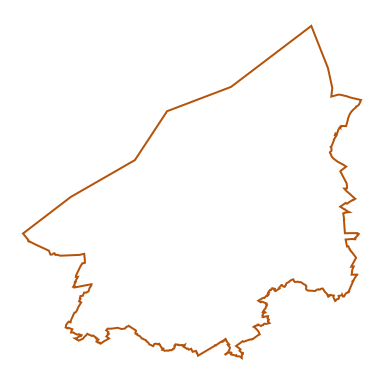 Waadhoeke, Friesland, Netherlands
{"feature_id": "6326949B95625047897274", "entity_name": "Waadhoeke", "entity_type": "district", "adm_level": 2, "iso_a3": "NLD", "parent_name": "Netherlands", "parent_adm1": "Friesland", "projection": "robinson", "projection_center": [5.61, 53.246], "detail": "fine", "context": "isolated", "style": "outline", "palette": "amber", "viewbox_px": 384, "rotation_deg": 0, "n_neighbors": 0, "source": "geoboundaries", "source_scale": "gbopen_adm2", "svg_char_len": 5940}
<svg xmlns="http://www.w3.org/2000/svg" viewBox="0 0 384 384"><path d="M231.0,86.9L167.1,111.2L134.9,160.1L71.0,196.8L23.0,233.5L28.3,240.0L28.1,240.9L29.0,241.6L29.2,241.3L35.3,244.4L48.7,250.6L49.1,251.2L50.4,254.5L50.7,254.7L52.6,254.3L53.2,253.6L54.3,253.2L54.7,253.4L55.0,254.5L55.5,254.9L57.2,254.8L60.3,255.7L79.5,254.9L84.2,253.8L84.4,254.3L84.4,257.0L84.7,257.6L84.9,262.8L82.2,263.4L82.2,263.8L81.4,264.7L80.0,267.2L76.1,275.4L75.8,276.5L75.8,276.9L77.9,276.8L75.0,281.9L75.7,282.0L73.3,286.7L74.4,286.6L74.2,287.0L74.3,287.5L91.5,284.2L91.5,284.9L90.4,287.0L89.8,287.4L88.4,291.5L87.0,292.1L86.5,292.6L84.1,292.6L82.8,295.8L80.4,296.1L79.8,298.5L80.5,298.8L79.1,301.3L81.2,302.4L78.1,307.4L76.9,310.6L75.9,311.9L75.9,312.0L74.5,313.0L74.3,312.9L73.1,315.3L73.0,316.0L72.2,317.4L70.6,321.3L70.7,322.2L70.5,322.4L69.6,321.8L68.6,321.7L66.4,324.4L65.9,325.8L66.0,327.0L65.7,327.5L67.9,328.4L68.4,327.8L72.4,329.3L71.5,330.9L71.1,332.5L73.6,332.5L74.6,333.4L76.9,334.5L77.9,334.6L78.9,334.2L81.6,335.2L81.1,336.0L78.5,336.7L77.2,338.1L75.0,338.4L78.6,340.6L82.8,338.8L84.5,336.8L86.3,335.1L87.3,333.8L88.6,334.6L89.3,334.7L92.0,336.0L93.1,335.5L96.4,337.9L96.0,338.3L96.3,338.7L98.4,339.5L97.6,340.4L96.4,341.3L96.5,341.7L97.8,342.1L98.2,342.7L98.8,342.4L100.4,342.9L100.2,343.5L100.6,343.7L104.1,341.2L109.1,338.5L106.4,336.4L108.7,334.0L107.8,333.6L108.5,332.2L106.2,330.3L107.6,328.7L111.4,328.7L117.6,327.8L121.6,329.0L125.1,328.5L126.3,326.8L127.8,326.5L128.6,325.8L135.8,330.4L136.1,331.0L135.3,332.8L135.5,333.7L137.2,333.9L137.4,334.4L137.3,334.9L137.5,335.2L139.1,335.7L140.0,336.3L142.1,338.7L143.2,338.8L143.7,339.3L145.8,340.1L145.9,340.6L146.4,340.8L146.8,341.6L147.8,342.2L148.7,343.2L149.4,344.5L150.7,344.9L153.1,346.2L153.3,346.1L154.4,343.9L156.7,343.7L157.3,344.3L159.2,343.8L159.3,344.2L159.8,344.6L159.6,344.9L161.1,346.7L161.6,348.0L163.1,348.5L162.6,349.0L162.1,349.8L164.2,350.4L164.5,350.8L166.7,350.5L168.2,350.8L170.0,350.0L171.0,350.4L172.7,349.6L172.9,348.9L174.2,348.5L174.8,346.6L174.4,346.5L174.5,345.8L174.6,345.4L175.2,345.5L175.6,344.3L176.6,344.4L178.1,345.1L178.5,344.7L179.8,345.2L182.5,345.0L182.5,345.7L183.2,345.9L184.9,344.8L184.5,346.1L183.7,346.8L186.9,348.8L187.7,348.5L188.8,349.7L191.2,348.8L192.6,351.8L196.0,350.9L196.7,352.9L197.0,352.8L198.0,355.7L214.7,345.8L215.6,345.6L215.5,345.2L215.9,345.3L220.1,342.4L220.4,342.7L220.2,342.4L221.1,341.9L222.1,341.9L221.9,341.4L223.9,340.7L223.7,340.5L224.9,340.0L224.6,339.6L225.6,338.9L227.0,341.8L229.1,344.4L227.8,344.9L229.9,347.4L229.7,348.9L228.1,352.2L225.3,354.3L225.5,354.5L228.1,352.6L228.6,352.8L231.0,352.4L231.5,352.9L230.8,354.1L231.2,354.6L235.4,355.4L236.2,355.2L236.3,356.2L239.7,356.4L241.8,358.1L241.9,354.0L242.8,354.0L242.9,352.9L241.7,352.8L239.5,350.7L240.5,349.3L236.1,346.0L242.7,341.2L243.4,341.7L243.9,341.7L249.5,339.6L250.9,339.6L252.2,339.3L252.1,339.0L253.3,338.7L258.1,335.2L259.7,334.4L258.8,332.2L257.5,330.2L254.7,327.4L253.7,326.9L254.3,326.5L254.6,326.8L255.1,326.3L255.0,326.0L255.2,325.9L257.5,325.3L257.5,324.7L258.4,324.5L259.3,325.2L261.1,326.0L262.2,325.2L263.1,325.1L263.1,324.7L264.3,323.7L266.3,323.9L269.5,323.1L268.9,322.3L267.9,321.4L268.0,320.6L268.6,320.2L268.9,319.7L267.6,318.6L267.9,317.6L267.6,317.4L268.0,316.2L265.1,316.5L263.5,317.1L263.3,316.6L262.6,316.8L262.7,316.0L262.4,315.5L263.2,313.8L263.2,313.2L265.3,312.5L263.8,311.0L263.3,311.2L264.1,309.8L265.7,308.2L265.6,307.7L266.0,306.7L266.5,306.3L267.0,305.0L266.1,304.7L266.6,303.5L261.8,301.6L260.7,302.3L258.3,300.7L262.1,298.4L264.0,297.7L264.5,297.9L266.6,295.6L267.3,296.0L268.6,294.6L268.0,294.0L268.7,293.1L268.0,293.0L268.1,292.7L269.7,290.2L270.9,290.1L271.2,289.2L272.1,288.9L272.3,288.2L274.7,288.8L274.3,289.6L274.6,289.8L274.4,290.1L274.6,290.6L275.5,291.1L279.6,288.4L279.1,287.8L281.5,285.0L282.0,285.0L282.9,286.2L284.4,286.9L284.8,286.7L285.1,285.9L285.9,285.0L286.1,283.9L286.6,283.2L288.5,282.2L290.1,280.8L291.9,279.7L293.4,279.4L294.0,281.1L294.8,282.0L298.1,281.7L299.6,282.2L300.8,282.1L303.5,284.0L305.7,285.2L306.3,286.2L306.1,286.4L306.3,287.4L306.0,288.6L306.3,289.5L307.7,290.5L315.1,291.0L316.8,289.7L318.3,289.3L318.7,289.7L320.2,289.4L320.6,288.9L322.7,288.5L325.0,291.9L328.2,295.2L327.6,295.5L328.2,296.7L329.4,296.1L330.0,294.9L333.9,295.6L333.3,297.0L335.1,301.0L335.9,300.5L336.3,299.6L337.1,299.2L338.2,299.0L338.8,298.5L339.0,297.7L338.6,295.9L341.9,295.3L342.1,294.6L343.0,296.5L344.1,296.4L345.6,293.7L347.9,292.1L348.1,292.5L348.8,292.2L349.1,291.6L348.6,291.5L353.3,280.9L352.7,280.9L352.8,280.7L353.5,280.4L354.9,277.7L357.0,274.9L356.5,274.8L356.6,274.6L351.6,274.7L352.1,272.0L351.9,271.8L352.5,269.1L353.7,266.5L351.2,266.7L356.1,257.7L352.3,252.7L350.8,250.8L350.6,250.9L349.8,249.1L349.5,249.1L348.4,246.3L347.0,246.5L345.6,239.5L352.0,239.0L355.3,239.3L355.4,238.6L355.7,237.8L355.4,237.7L357.9,235.3L358.7,234.1L356.9,233.6L357.1,233.1L344.9,233.2L343.9,219.3L344.1,219.1L343.2,213.4L344.5,213.0L344.2,212.9L344.4,212.7L349.2,212.1L347.2,211.2L344.8,209.3L344.5,209.4L340.2,206.7L345.8,202.9L346.9,203.7L352.7,199.9L353.0,200.2L355.3,198.8L346.1,190.7L344.3,188.6L346.6,188.6L346.9,188.4L347.0,187.1L346.7,183.5L340.3,171.3L340.8,170.7L346.2,166.6L342.4,164.2L337.6,161.7L333.3,158.4L331.8,156.7L331.3,155.7L331.0,154.3L330.1,153.2L329.9,152.4L330.4,151.7L331.3,151.1L331.5,149.9L331.5,148.3L330.7,147.0L331.3,146.7L331.3,146.3L332.0,145.1L334.1,139.8L333.9,139.6L336.5,135.4L334.9,135.2L335.6,133.3L337.9,133.5L337.2,133.3L337.3,133.0L337.6,133.0L337.4,132.9L338.2,129.9L339.0,128.7L339.6,127.7L339.8,127.8L339.7,127.6L340.1,127.4L339.9,127.3L341.0,126.0L346.1,126.1L347.8,120.0L347.9,118.9L349.5,114.7L350.4,113.1L351.2,111.9L353.2,109.7L355.9,107.3L356.1,106.5L357.0,106.3L358.7,105.0L360.5,101.5L360.3,101.1L361.0,100.0L350.3,97.5L346.6,96.2L340.1,94.7L338.1,94.7L331.3,96.6L332.3,88.1L328.0,68.2L311.3,25.9L231.0,86.9Z" fill="none" stroke="#b45309" stroke-width="2"/></svg>